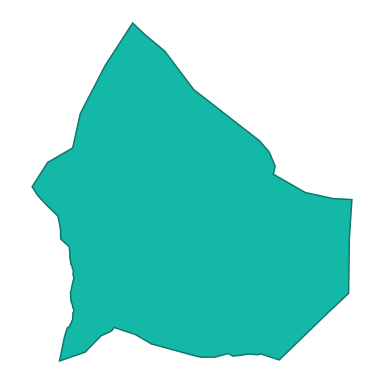 the district of Bulgan, Ömnögovi, Mongolia
{"feature_id": "93677404B9137444234021", "entity_name": "Bulgan", "entity_type": "district", "adm_level": 2, "iso_a3": "MNG", "parent_name": "Mongolia", "parent_adm1": "Ömnögovi", "projection": "robinson", "projection_center": [103.141, 44.294], "detail": "fine", "context": "isolated", "style": "filled", "palette": "teal", "viewbox_px": 384, "rotation_deg": 0, "n_neighbors": 0, "source": "geoboundaries", "source_scale": "gbopen_adm2", "svg_char_len": 1754}
<svg xmlns="http://www.w3.org/2000/svg" viewBox="0 0 384 384"><path d="M279.3,359.9L326.7,313.9L348.6,293.4L349.4,237.4L351.9,199.6L333.1,198.6L305.2,192.5L273.3,174.2L275.2,166.2L269.3,152.2L259.6,140.9L193.8,89.7L164.7,51.1L144.7,34.5L132.7,23.0L105.3,65.3L80.2,113.8L77.6,125.8L72.7,147.9L47.7,162.4L32.1,186.8L37.9,195.7L47.9,206.4L57.7,215.9L57.9,216.8L58.7,219.7L60.6,229.9L60.6,238.9L69.2,246.8L69.3,247.0L69.3,248.2L69.7,251.8L69.9,255.0L69.8,258.4L70.5,259.8L70.6,260.5L70.5,262.0L70.7,262.6L70.8,262.9L70.8,263.4L70.9,264.1L71.2,264.8L71.6,265.4L72.0,266.1L72.1,266.7L72.2,267.7L72.3,268.3L72.6,268.7L72.9,269.5L73.1,269.9L73.3,270.4L73.3,270.9L73.3,271.5L73.3,272.0L73.2,272.5L73.2,273.1L73.1,273.8L73.0,274.4L73.0,274.8L73.2,275.2L73.4,275.9L73.6,276.5L73.8,277.4L73.7,278.0L73.6,278.5L73.7,278.9L73.9,279.3L73.6,279.8L72.9,281.4L72.5,283.9L72.3,284.5L72.0,285.8L71.8,286.4L71.6,288.4L71.4,289.2L71.1,289.9L70.9,290.8L70.9,291.3L70.7,292.1L70.5,293.0L70.4,293.5L70.7,295.7L70.7,296.6L70.8,297.3L70.7,297.9L70.7,298.4L70.7,298.8L70.9,299.4L71.0,299.9L70.9,300.4L70.9,301.2L71.2,301.7L71.5,302.5L71.7,303.2L72.2,304.2L72.3,304.7L72.5,305.4L72.7,306.4L72.7,307.0L72.8,307.5L73.3,308.3L73.8,309.8L73.8,310.6L73.7,311.0L73.6,311.5L73.2,312.3L73.0,312.7L72.8,313.6L72.8,315.0L72.9,316.4L72.8,316.8L72.8,317.2L72.6,317.8L72.7,318.5L72.7,319.3L72.6,319.7L72.2,320.5L71.8,321.0L71.6,321.3L71.6,321.7L71.5,322.4L71.0,323.5L70.1,324.3L70.0,326.0L67.2,328.0L64.4,337.2L59.5,361.0L80.3,353.8L85.1,352.2L101.2,335.7L109.1,332.2L111.9,330.7L114.0,327.4L135.3,334.5L151.3,343.9L193.3,355.4L200.8,357.2L215.3,357.1L228.1,353.5L233.0,356.1L244.0,354.8L248.9,354.0L257.8,354.8L260.7,353.9L279.3,359.9Z" fill="#14b8a6" stroke="#0f766e" stroke-width="1.5"/></svg>